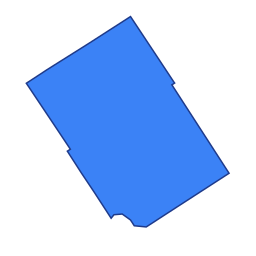 Dane, Wisconsin, United States of America, rotated 237°
{"feature_id": "52423323B17075543389139", "entity_name": "Dane", "entity_type": "district", "adm_level": 2, "iso_a3": "USA", "parent_name": "United States of America", "parent_adm1": "Wisconsin", "projection": "natural_earth1", "projection_center": [-89.414, 43.07], "detail": "fine", "context": "isolated", "style": "filled", "palette": "blue", "viewbox_px": 256, "rotation_deg": 237, "n_neighbors": 0, "source": "geoboundaries", "source_scale": "gbopen_adm2", "svg_char_len": 456}
<svg xmlns="http://www.w3.org/2000/svg" viewBox="0 0 256 256"><g transform="rotate(237 128 128)"><path d="M221.0,91.7L220.9,67.1L168.0,67.8L141.6,68.1L141.6,64.5L115.1,64.4L92.8,64.7L88.3,64.7L61.5,64.7L62.9,69.0L59.0,76.3L49.5,80.0L42.6,80.0L35.1,89.4L35.1,114.1L35.1,126.5L35.0,188.1L140.3,188.3L140.3,191.6L141.7,191.5L167.0,191.3L220.1,190.8L220.2,166.0L220.3,141.0L220.9,99.9L221.0,91.7Z" fill="#3b82f6" stroke="#1e3a8a" stroke-width="1.5"/></g></svg>